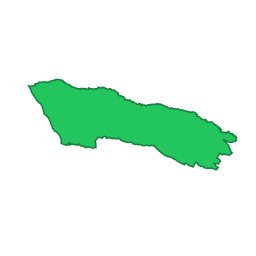 Gianyar, Bali, Indonesia, rotated 107°
{"feature_id": "22746128B44616450347238", "entity_name": "Gianyar", "entity_type": "district", "adm_level": 2, "iso_a3": "IDN", "parent_name": "Indonesia", "parent_adm1": "Bali", "projection": "equal_earth", "projection_center": [115.288, -8.482], "detail": "fine", "context": "isolated", "style": "filled", "palette": "green", "viewbox_px": 256, "rotation_deg": 107, "n_neighbors": 0, "source": "geoboundaries", "source_scale": "gbopen_adm2", "svg_char_len": 5804}
<svg xmlns="http://www.w3.org/2000/svg" viewBox="0 0 256 256"><g transform="rotate(107 128 128)"><path d="M101.5,205.3L101.7,206.4L102.0,206.8L101.9,208.7L102.7,211.1L103.0,211.6L103.5,211.6L104.7,214.1L105.7,214.9L105.7,215.5L106.0,216.1L106.4,216.5L106.9,216.6L107.4,217.7L107.9,217.9L107.8,218.8L108.2,220.0L108.1,221.3L109.4,223.5L110.1,226.3L110.7,226.9L111.3,226.8L112.1,227.2L112.1,227.9L112.8,229.8L114.2,229.8L114.9,229.5L115.8,231.7L116.9,235.3L119.6,232.3L122.1,230.5L122.6,229.6L124.3,228.1L125.1,226.6L126.5,225.3L126.8,224.5L128.1,223.8L128.2,222.8L129.7,220.9L130.1,219.0L131.8,217.0L133.8,215.4L136.6,213.8L137.5,212.8L138.4,212.8L139.5,212.0L139.6,210.5L139.9,209.7L140.5,209.2L141.4,207.2L144.5,204.3L146.7,203.0L147.8,201.6L150.8,199.8L151.5,198.3L152.3,197.5L152.7,195.4L153.4,193.8L155.2,191.2L156.5,189.9L158.6,188.5L162.3,187.3L162.4,186.6L162.5,181.9L162.2,181.7L162.0,182.2L161.7,181.9L161.6,179.9L160.9,180.3L161.2,179.5L161.1,178.8L160.6,179.0L160.0,178.7L159.7,179.0L159.9,177.8L160.4,177.7L160.2,177.3L159.9,177.2L159.9,176.4L159.6,176.0L159.5,174.4L159.2,174.1L159.5,173.6L159.2,173.3L159.3,172.7L158.9,171.7L159.1,171.4L158.5,171.2L158.5,170.8L157.9,170.5L157.6,169.9L157.8,169.6L158.3,169.6L159.1,168.3L159.0,167.8L158.5,166.8L158.8,165.6L158.4,164.7L158.7,164.4L158.6,164.1L159.1,163.0L158.6,161.4L158.1,161.1L157.9,160.4L157.5,160.1L157.5,155.1L156.2,154.5L156.2,152.9L152.5,154.2L150.1,155.4L148.9,155.4L147.9,154.4L146.1,154.6L145.9,153.8L145.2,153.2L145.2,152.7L145.5,151.8L145.2,151.1L145.4,149.6L144.5,149.3L144.0,149.4L143.6,148.7L142.7,147.9L143.0,146.2L144.2,145.6L144.0,144.9L142.9,144.6L142.8,143.4L143.1,142.7L142.5,139.1L141.9,138.5L141.8,135.9L141.4,134.8L140.3,133.7L140.7,133.5L141.0,132.3L141.6,131.5L142.1,129.8L141.9,128.4L142.1,128.0L141.8,127.6L142.0,126.9L142.0,125.1L141.4,122.4L140.8,121.3L140.7,119.8L141.4,119.1L141.8,117.4L141.4,115.7L140.8,115.2L141.0,115.1L140.8,112.4L140.0,111.5L140.6,109.1L140.2,107.5L138.7,104.3L138.9,103.4L138.7,101.6L137.5,101.0L137.8,100.3L137.3,99.3L137.6,98.7L137.2,98.1L137.1,97.4L137.5,97.1L137.8,97.5L138.0,97.2L138.5,95.4L139.7,94.2L139.8,92.9L141.0,91.2L141.4,89.5L141.8,89.4L141.8,88.3L142.5,87.4L142.8,85.5L143.5,84.9L143.6,82.7L143.3,81.8L143.8,81.5L143.3,78.0L143.9,76.3L143.9,75.4L144.5,74.6L144.3,73.9L144.5,72.6L144.9,71.8L145.4,70.5L145.4,69.6L145.7,68.9L146.3,66.3L146.5,63.1L145.3,63.1L144.7,61.5L146.0,59.1L146.2,54.4L141.1,53.2L141.0,51.9L141.4,51.7L142.2,50.3L142.6,50.2L143.2,49.0L143.0,48.6L143.0,47.2L143.3,47.3L143.4,47.0L143.1,46.4L143.0,45.4L143.1,44.4L143.6,44.1L143.6,41.2L143.1,40.1L143.0,39.3L142.3,37.4L141.9,36.5L141.9,33.6L142.4,31.6L139.5,30.1L139.5,30.9L138.9,31.7L138.7,32.6L137.8,33.8L137.2,34.1L136.9,35.3L136.5,35.4L136.6,33.7L135.8,32.4L136.1,31.0L134.3,30.8L132.8,29.8L131.7,31.0L131.2,32.2L130.8,34.1L128.9,33.9L126.5,32.9L125.1,32.7L125.4,31.6L126.2,30.1L124.6,28.3L124.9,28.0L124.9,27.0L124.4,24.5L124.5,23.2L121.4,21.1L120.3,22.9L118.7,23.8L118.2,24.7L117.6,24.9L116.7,26.0L115.2,26.5L114.2,28.8L113.2,29.9L113.0,30.8L112.4,31.4L111.9,32.6L111.3,33.1L111.0,33.0L111.0,32.2L111.8,29.5L112.0,27.8L111.9,26.2L111.3,24.3L110.0,23.2L109.5,21.8L109.6,21.6L108.9,21.5L108.3,20.7L107.0,21.4L105.7,21.2L105.7,21.6L104.7,22.3L104.6,23.3L104.0,23.4L103.8,24.2L104.7,25.3L104.0,26.1L102.8,26.2L103.2,27.6L103.6,27.9L103.6,28.4L103.0,29.3L103.1,29.9L102.3,30.0L101.8,30.7L102.6,31.9L103.5,31.9L103.6,32.3L104.3,32.7L104.3,33.1L103.9,33.5L103.9,34.0L104.1,35.2L104.5,35.7L104.6,36.4L104.9,36.6L104.2,37.2L104.3,38.0L104.1,38.3L104.3,38.7L103.7,38.5L103.1,38.9L102.9,38.3L102.5,38.2L102.2,39.6L101.8,39.3L101.2,39.7L101.2,40.0L101.4,40.1L101.5,41.4L100.7,41.4L100.3,42.1L100.4,42.8L99.8,43.9L99.9,44.7L99.2,45.1L99.2,45.4L99.6,45.7L99.5,46.2L98.8,47.0L98.8,47.8L98.3,48.1L97.8,49.0L98.1,51.0L98.8,51.5L98.8,53.0L99.0,53.5L98.6,54.5L97.9,55.0L97.3,56.4L97.8,56.3L97.9,57.6L98.2,58.2L98.0,58.9L98.2,59.4L97.8,60.2L97.7,61.0L96.7,62.2L96.7,62.7L96.4,63.6L96.7,64.3L96.4,65.6L95.0,65.5L94.8,66.8L94.4,66.9L93.6,68.4L93.9,68.8L93.6,69.6L93.5,70.5L94.1,71.1L94.1,72.0L94.3,72.3L94.8,72.3L94.9,72.6L94.6,73.8L94.9,74.5L94.7,75.3L94.9,76.1L94.6,77.0L95.1,77.8L94.8,80.0L95.3,80.5L94.7,81.5L95.2,82.0L95.2,82.6L95.7,83.0L95.4,83.5L95.1,85.9L95.2,86.3L95.7,86.5L96.1,87.8L95.9,89.1L96.4,90.0L96.0,92.2L97.2,93.3L97.3,94.3L96.8,94.7L96.9,96.5L96.3,97.0L96.7,97.9L96.7,98.6L96.5,99.2L96.0,99.4L96.1,101.0L95.7,102.7L96.0,103.7L95.6,104.5L96.0,105.0L96.3,106.7L96.5,106.7L96.6,105.9L97.1,106.5L97.1,106.9L96.5,107.4L96.4,107.9L97.9,109.3L97.7,110.6L98.4,110.9L98.3,112.0L98.7,112.5L98.8,113.2L99.8,113.8L99.7,114.8L100.1,115.9L100.7,116.6L101.1,116.7L101.6,117.5L101.1,118.4L101.7,120.0L101.0,121.0L101.5,121.5L102.5,121.8L102.4,122.1L101.7,122.2L101.8,123.2L101.2,123.5L101.3,124.1L101.5,124.7L102.0,124.5L102.8,125.6L102.4,126.9L102.2,129.2L101.2,130.8L101.4,131.7L101.9,131.0L102.1,131.8L101.5,133.6L100.5,134.3L100.7,134.8L101.3,135.1L101.3,137.0L101.9,137.1L101.7,138.7L102.0,139.4L100.6,139.7L99.5,141.6L99.5,143.1L99.3,144.5L99.8,145.3L99.2,146.0L99.2,146.8L98.5,147.6L98.0,147.3L97.3,147.7L97.5,148.1L97.0,148.7L96.7,150.1L96.1,151.1L96.0,153.2L96.6,153.6L96.5,154.3L95.7,155.7L95.8,157.1L96.3,157.3L96.4,157.8L97.2,158.3L96.4,162.0L96.3,164.0L97.0,164.5L97.4,164.4L97.7,168.2L98.1,168.2L98.1,168.5L98.8,168.5L99.6,169.4L99.8,170.3L100.1,170.2L100.5,171.7L100.9,172.0L101.2,174.9L101.2,177.4L102.8,176.8L102.8,179.5L103.1,180.1L102.8,180.4L103.4,182.2L103.5,183.4L103.8,184.1L104.1,184.0L104.1,184.5L104.9,184.6L104.7,186.1L104.9,186.2L105.1,189.7L104.9,192.7L105.0,193.9L104.3,195.1L103.9,196.8L103.7,198.0L103.9,198.2L103.5,200.9L103.2,200.9L103.2,201.3L103.0,202.6L102.6,202.5L102.4,202.9L102.5,203.9L101.8,204.1L101.5,205.3Z" fill="#22c55e" stroke="#15803d" stroke-width="1.5"/></g></svg>